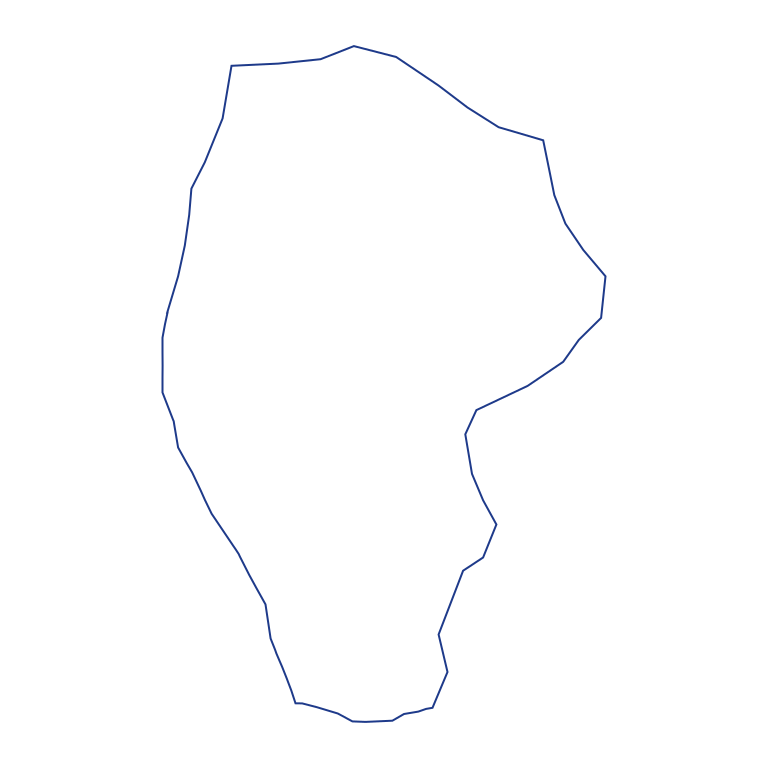 Liopetri, Famagusta, Cyprus
{"feature_id": "46923920B85903547273870", "entity_name": "Liopetri", "entity_type": "district", "adm_level": 2, "iso_a3": "CYP", "parent_name": "Cyprus", "parent_adm1": "Famagusta", "projection": "robinson", "projection_center": [33.886, 35.0], "detail": "fine", "context": "isolated", "style": "outline", "palette": "blue", "viewbox_px": 768, "rotation_deg": 0, "n_neighbors": 0, "source": "geoboundaries", "source_scale": "gbopen_adm2", "svg_char_len": 1081}
<svg xmlns="http://www.w3.org/2000/svg" viewBox="0 0 768 768"><path d="M543.2,140.3L498.6,127.2L467.5,107.5L438.5,85.5L396.2,57.0L353.9,46.1L320.6,59.2L278.3,63.6L231.5,65.8L222.6,118.4L204.8,162.3L191.4,188.6L189.2,214.9L184.8,245.6L178.1,276.3L167.2,312.7L167.5,312.7L165.0,324.2L162.5,337.7L162.5,352.1L162.6,365.7L162.5,378.2L162.5,392.5L173.2,420.1L173.7,421.2L174.2,424.4L178.1,447.5L186.5,462.7L192.2,472.5L200.8,490.7L205.0,500.1L210.3,511.0L211.6,513.7L233.5,546.2L235.5,549.1L238.3,553.4L238.6,553.8L239.9,556.6L249.3,575.1L256.3,587.9L265.5,604.4L270.6,638.5L275.1,649.8L276.4,653.5L279.6,661.0L282.2,667.0L286.8,678.6L288.1,682.1L290.2,687.6L291.3,690.5L295.5,703.3L302.2,703.4L316.9,707.2L337.8,713.5L352.4,721.4L365.5,721.9L392.4,720.7L404.0,714.0L418.3,711.6L426.1,708.9L432.5,707.8L447.5,672.0L438.6,634.5L463.1,570.7L483.1,557.5L496.4,524.5L483.1,500.3L472.0,473.9L465.3,434.3L476.4,410.1L527.6,385.9L563.2,361.8L578.8,339.9L601.1,317.9L605.5,276.3L583.3,250.0L565.4,223.6L554.3,195.1L549.9,173.2L543.2,140.3Z" fill="none" stroke="#1e3a8a" stroke-width="2"/></svg>